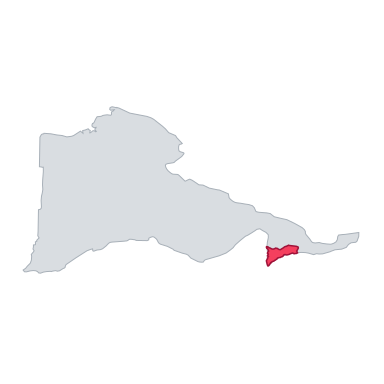 Mayo-Danay, Extrême-Nord, Cameroon shown in context, rotated 91°
{"feature_id": "32672807B23743986432811", "entity_name": "Mayo-Danay", "entity_type": "district", "adm_level": 2, "iso_a3": "CMR", "parent_name": "Cameroon", "parent_adm1": "Extrême-Nord", "projection": "equal_earth", "projection_center": [15.187, 10.47], "detail": "fine", "context": "in_parent", "style": "filled", "palette": "rose", "viewbox_px": 384, "rotation_deg": 91, "n_neighbors": 0, "source": "geoboundaries", "source_scale": "gbopen_adm2", "svg_char_len": 6048}
<svg xmlns="http://www.w3.org/2000/svg" viewBox="0 0 384 384"><g transform="rotate(91 192 192)"><path d="M108.8,268.7L109.4,266.4L114.2,255.6L117.2,238.4L118.5,234.4L119.9,231.7L126.8,222.6L129.4,219.6L133.1,216.3L135.8,209.6L136.7,208.9L137.8,208.3L143.7,202.6L144.3,203.7L144.6,205.1L145.1,205.7L147.0,206.2L149.6,206.1L151.1,205.7L151.9,204.6L152.8,201.4L153.2,200.8L153.8,200.7L156.7,202.9L161.4,209.1L162.6,210.2L163.1,211.4L164.1,217.1L164.7,218.5L165.7,219.1L167.6,218.7L169.5,217.7L171.2,216.3L172.8,214.4L174.0,212.7L174.5,211.4L174.7,206.8L175.1,205.8L181.3,199.1L181.1,198.5L180.1,196.6L179.2,194.5L180.1,192.4L181.1,190.7L184.7,185.2L184.9,181.1L187.8,174.8L189.4,166.4L189.5,164.8L193.2,155.6L197.1,154.8L198.6,153.5L200.4,151.2L201.5,149.1L202.0,147.1L202.4,143.2L203.1,138.8L203.6,134.9L204.7,131.3L206.7,129.4L210.1,127.9L210.6,127.2L211.1,124.8L211.6,116.9L212.2,113.4L215.3,109.4L216.7,103.2L218.0,96.7L221.6,88.9L225.8,81.1L227.7,79.0L229.4,78.0L231.2,77.9L232.5,77.3L237.0,73.4L238.9,72.1L240.3,70.8L240.6,69.6L240.8,67.9L240.3,63.9L241.1,60.9L241.6,56.3L241.8,52.8L241.6,51.5L240.8,49.4L239.4,47.2L237.2,45.9L234.1,45.5L232.5,44.7L231.9,40.6L231.7,38.1L229.6,24.5L233.5,24.5L238.2,26.1L239.4,27.4L240.0,32.0L241.7,34.6L244.7,36.8L246.5,41.3L247.3,48.1L248.9,52.1L249.3,52.8L251.6,60.4L251.8,64.0L251.5,66.4L252.5,69.3L251.1,74.4L250.6,77.5L250.5,81.8L251.3,89.5L252.7,95.4L254.2,100.2L255.9,104.0L258.5,108.1L261.4,111.8L264.1,114.2L261.6,115.6L256.8,115.8L254.0,115.0L252.7,114.9L251.4,115.4L246.3,116.1L241.1,115.8L236.3,114.9L233.4,115.0L231.1,117.3L229.3,120.8L227.6,123.5L228.2,126.5L229.5,128.2L231.9,131.8L234.2,135.4L235.3,137.8L239.7,143.0L244.0,147.7L246.1,149.3L246.8,149.7L249.1,152.4L252.4,156.8L255.3,163.7L259.5,177.5L260.4,178.6L261.8,179.4L262.0,180.8L261.9,183.0L261.5,184.8L258.1,192.0L255.2,194.8L254.3,196.5L253.3,200.7L250.6,208.9L249.5,210.0L246.8,215.6L244.7,222.7L244.1,223.7L243.3,224.6L240.2,226.3L239.2,227.2L237.6,229.4L237.4,230.8L238.1,232.8L239.0,234.4L240.6,234.4L241.4,235.9L241.4,246.8L240.7,248.5L240.7,249.2L240.4,251.1L240.3,253.2L240.5,254.0L241.1,254.7L242.0,256.2L242.4,259.5L243.5,271.3L243.9,273.2L244.8,274.5L247.5,277.0L250.3,280.4L251.2,282.5L251.7,286.1L252.8,288.9L252.8,289.8L252.3,290.2L250.6,290.4L251.2,292.5L252.6,296.0L259.9,307.0L266.8,316.7L268.4,317.4L269.6,317.6L270.2,318.2L270.8,319.6L273.1,323.1L273.5,325.2L273.0,327.1L273.6,330.2L274.0,331.3L273.8,332.3L274.1,336.0L274.7,339.2L275.8,342.0L275.6,343.9L274.3,345.0L273.5,346.8L273.3,349.3L273.7,352.4L274.7,356.0L274.7,358.1L273.0,359.5L271.2,357.0L269.1,355.4L266.1,352.5L263.0,351.4L259.0,351.2L257.2,351.6L254.3,349.2L253.3,348.9L252.0,349.9L251.1,349.9L250.0,349.6L247.7,349.6L247.5,347.9L247.1,347.6L244.6,347.7L243.9,346.3L243.5,346.5L242.6,346.1L240.6,344.1L238.5,345.4L234.2,345.2L212.4,345.2L211.9,343.3L210.8,342.4L208.9,342.3L203.1,342.7L198.7,342.4L195.7,341.7L192.0,341.2L187.4,341.6L182.7,341.5L174.4,341.0L169.8,341.1L169.9,342.2L169.6,343.1L169.4,345.0L139.8,345.0L137.4,343.7L136.7,342.8L136.4,341.2L135.9,341.0L136.3,334.0L137.3,328.3L137.8,322.9L139.1,318.1L138.4,313.4L137.6,311.3L133.1,304.6L135.2,302.0L132.5,302.4L131.9,299.9L130.6,296.9L131.4,296.4L132.2,294.8L134.6,295.3L134.5,294.5L132.4,292.0L132.6,290.7L133.5,289.3L133.1,288.7L131.6,290.1L130.5,290.1L129.6,289.1L129.0,289.0L129.4,290.9L128.5,292.6L127.7,293.2L126.4,293.1L125.2,292.7L124.9,291.7L123.9,291.0L120.9,289.7L118.4,288.2L117.9,284.1L117.0,282.4L116.6,280.4L116.3,278.1L116.7,274.6L116.1,274.0L115.3,273.8L114.2,274.0L113.3,273.8L112.1,271.9L111.0,271.1L111.7,274.7L110.9,275.7L109.1,275.4L108.4,274.1L108.2,273.1L109.1,268.7L108.8,268.7Z" fill="#d9dde1" stroke="#a8b0b8" stroke-width="1"/><path d="M243.5,94.6L244.0,95.2L244.0,95.8L244.7,96.5L244.8,97.6L245.3,98.6L246.3,99.8L246.7,100.5L248.1,102.6L248.1,102.9L248.1,103.1L248.0,103.9L247.7,104.6L247.0,105.4L246.8,106.4L246.6,107.4L247.2,108.4L247.5,109.2L247.7,110.1L247.5,111.2L247.3,111.6L247.1,112.0L247.0,112.5L246.6,112.9L246.5,113.5L246.2,114.2L245.8,114.6L245.5,115.2L245.3,116.4L245.5,116.6L245.8,116.6L246.3,116.6L246.5,116.5L246.9,116.3L246.9,116.2L247.0,116.2L247.2,115.9L247.5,115.6L247.7,115.4L248.1,115.0L248.3,115.0L248.7,114.9L249.5,114.4L249.8,114.4L250.0,114.4L250.2,114.6L250.5,114.8L250.6,115.0L251.0,115.3L251.3,115.4L251.7,115.5L252.1,115.5L252.2,115.4L252.2,115.1L252.3,114.9L252.7,114.6L253.0,114.6L253.3,114.7L253.9,115.2L254.0,115.3L254.3,115.4L254.5,115.5L255.0,114.5L255.3,114.7L255.6,114.8L256.0,115.0L256.5,115.1L257.0,115.2L257.2,115.3L257.4,115.4L257.5,115.4L257.9,115.6L258.7,116.1L259.0,116.2L259.2,116.4L259.3,116.4L259.6,116.3L260.1,116.3L260.5,116.3L260.6,116.2L261.2,115.9L261.7,115.9L262.4,115.7L262.7,115.7L262.9,115.6L263.4,115.3L263.5,115.3L263.8,115.3L264.2,115.1L264.6,114.9L264.6,114.4L264.5,114.2L264.0,113.7L263.9,113.6L263.5,113.5L263.3,113.2L263.1,113.2L262.7,112.8L262.5,112.7L262.3,112.7L262.1,112.4L261.9,112.2L261.5,111.7L261.4,111.7L261.2,111.7L261.1,111.8L261.0,111.5L260.8,111.2L260.6,111.0L260.4,110.9L260.3,110.4L260.1,110.1L259.9,109.8L259.8,109.2L259.7,108.9L259.4,108.7L259.1,108.3L258.9,108.2L258.8,107.7L258.4,107.1L258.1,106.9L257.8,106.5L257.8,106.2L257.7,106.1L257.6,105.9L257.3,105.8L257.2,105.7L256.6,105.4L256.6,105.2L256.5,104.9L256.3,104.6L256.3,104.3L256.2,104.0L256.1,103.9L256.0,103.7L256.0,103.2L256.0,102.7L255.7,102.1L255.6,101.9L255.3,101.6L255.2,101.3L255.2,100.8L255.1,100.6L254.6,100.0L254.4,99.7L253.8,99.5L253.6,99.3L253.3,99.1L253.2,98.9L253.0,98.7L253.0,98.3L253.0,97.9L253.0,97.2L253.2,96.6L253.3,96.2L253.2,95.5L253.1,95.3L253.0,94.9L252.9,94.5L252.8,94.0L252.7,93.9L252.6,93.6L252.4,93.2L252.2,92.9L252.0,92.7L251.9,92.1L251.7,91.7L251.6,91.4L251.5,91.0L251.4,90.9L251.3,90.7L251.3,90.1L251.4,89.9L251.5,89.7L251.6,89.4L251.8,89.3L251.9,89.1L251.9,88.3L251.7,87.7L251.7,87.1L251.7,86.7L251.5,86.4L251.2,86.1L251.2,85.7L251.0,85.4L249.2,86.3L247.7,85.4L246.1,84.7L245.1,85.0L244.5,86.6L244.3,88.4L243.8,93.5L243.5,94.6Z" fill="#f43f5e" stroke="#9f1239" stroke-width="1.5"/></g></svg>